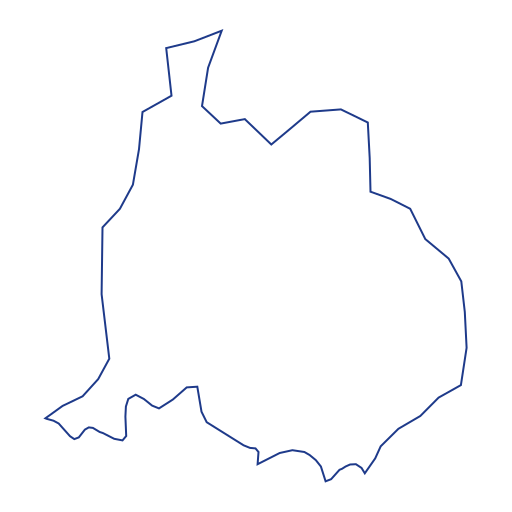 the District of Kürdəmir
{"feature_id": "AZE-1706", "entity_name": "Kürdəmir", "entity_type": "District", "adm_level": 1, "iso_a3": "AZE", "parent_name": "Azerbaijan", "parent_adm1": "", "projection": "equal_earth", "projection_center": [48.132, 40.282], "detail": "fine", "context": "isolated", "style": "outline", "palette": "blue", "viewbox_px": 512, "rotation_deg": 0, "n_neighbors": 0, "source": "natural_earth", "source_scale": "10m", "svg_char_len": 1152}
<svg xmlns="http://www.w3.org/2000/svg" viewBox="0 0 512 512"><path d="M448.7,258.6L461.3,281.4L464.8,312.0L466.6,347.8L460.9,385.1L438.6,397.6L420.3,416.0L398.4,428.8L380.7,446.3L375.2,458.4L364.8,473.3L361.5,467.9L355.9,464.2L350.1,464.5L345.6,466.5L342.0,468.8L339.5,469.8L331.1,479.2L325.6,481.3L320.9,466.5L315.8,460.1L309.6,455.0L304.4,452.0L292.4,450.2L279.7,453.0L257.6,464.2L258.5,452.0L255.5,448.4L250.0,447.9L243.6,445.3L206.7,422.2L201.5,411.7L197.3,386.7L186.7,387.4L172.9,399.5L159.0,408.4L152.1,405.6L143.9,399.0L135.7,394.7L128.3,398.9L125.9,406.5L125.4,416.6L126.2,436.0L122.5,440.4L114.2,438.8L102.8,433.0L99.7,432.0L92.9,427.9L88.8,427.4L84.9,429.6L78.8,437.4L74.3,439.1L70.0,436.2L58.7,423.5L53.5,420.7L46.6,418.8L45.4,418.3L62.6,405.9L82.6,396.3L98.2,379.1L109.3,358.7L101.6,294.2L102.5,227.4L119.9,208.8L132.9,184.7L139.0,149.2L142.5,112.0L171.5,95.7L166.2,48.1L194.3,41.3L221.7,30.7L208.1,67.7L202.0,106.1L220.7,123.6L244.8,119.1L256.4,130.2L271.3,144.5L290.3,128.7L310.5,111.7L340.9,109.4L367.8,122.5L369.7,158.1L370.5,191.7L390.8,199.0L410.2,208.8L425.3,239.1L448.7,258.6Z" fill="none" stroke="#1e3a8a" stroke-width="2"/></svg>